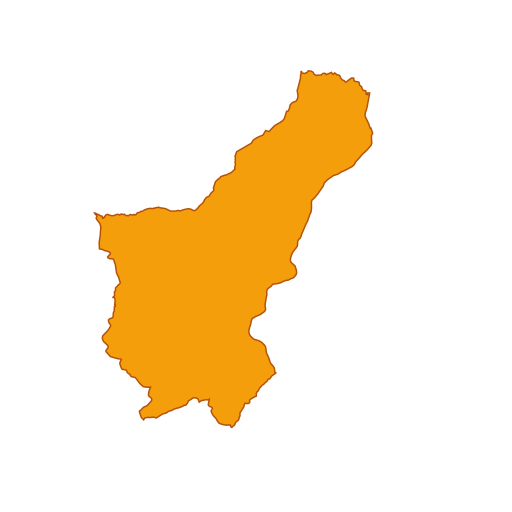 Bania, Caras-Severin, Romania, rotated 58°
{"feature_id": "2599482B2316424382008", "entity_name": "Bania", "entity_type": "district", "adm_level": 2, "iso_a3": "ROU", "parent_name": "Romania", "parent_adm1": "Caras-Severin", "projection": "orthographic", "projection_center": [22.097, 44.811], "detail": "fine", "context": "isolated", "style": "filled", "palette": "amber", "viewbox_px": 512, "rotation_deg": 58, "n_neighbors": 0, "source": "geoboundaries", "source_scale": "gbopen_adm2", "svg_char_len": 6124}
<svg xmlns="http://www.w3.org/2000/svg" viewBox="0 0 512 512"><g transform="rotate(58 256 256)"><path d="M134.0,370.2L135.1,370.2L137.7,369.5L139.2,371.5L140.6,371.7L145.6,371.2L148.9,372.1L150.9,373.4L153.1,375.2L155.3,376.6L161.2,381.7L167.0,385.0L169.0,382.8L171.4,381.4L172.7,379.9L174.9,378.3L176.6,378.0L177.3,378.9L177.5,380.3L178.2,382.4L178.8,382.5L180.5,381.8L182.7,378.8L183.7,378.7L188.6,379.8L196.9,383.4L201.0,383.7L206.9,385.3L207.5,386.9L207.6,388.4L208.3,390.2L208.4,391.5L208.9,392.2L210.8,393.5L211.2,394.1L211.2,394.8L212.4,395.7L214.7,396.9L215.0,397.9L215.0,398.6L215.4,399.2L216.2,398.2L217.0,398.1L219.5,399.3L220.7,400.4L222.4,401.0L222.1,401.5L222.4,401.7L223.3,401.5L224.0,402.1L223.8,402.8L224.0,403.1L224.8,403.2L225.2,403.9L227.1,405.0L228.6,407.1L232.2,409.7L232.2,411.3L231.8,412.6L231.8,414.2L232.2,415.1L233.4,415.7L235.5,416.1L237.4,415.8L238.4,416.5L240.6,420.8L242.4,428.1L243.9,429.7L245.4,430.3L246.9,430.5L248.6,430.4L253.5,429.0L255.3,429.9L256.5,433.1L257.4,433.9L264.0,432.8L265.4,431.7L270.5,427.0L271.3,425.5L272.3,425.0L274.5,428.1L275.7,428.7L279.7,429.6L280.8,429.6L281.2,429.5L283.5,427.0L284.2,426.4L286.1,426.9L288.1,426.5L289.6,425.5L290.6,425.9L291.8,425.8L292.7,425.3L294.7,423.1L295.7,422.7L302.5,422.1L306.9,420.9L308.9,418.8L311.4,414.9L312.9,417.2L314.9,419.3L317.0,421.0L318.7,421.0L321.3,420.0L322.9,420.7L323.4,421.5L324.6,425.4L325.2,428.1L324.7,430.8L324.7,431.9L325.8,435.8L325.6,436.8L326.3,437.4L328.0,437.9L332.2,438.8L335.4,438.1L334.4,436.3L335.3,433.7L335.8,432.8L336.4,432.3L338.4,428.1L340.1,426.9L340.5,426.3L340.5,418.8L341.6,415.4L341.4,413.0L341.8,410.4L342.3,409.9L342.4,406.8L343.1,403.7L343.6,402.7L344.0,401.1L344.6,397.6L344.5,396.1L345.2,395.0L345.3,394.4L344.5,392.2L343.1,390.1L343.1,384.5L343.9,382.8L345.1,381.7L346.3,381.0L347.1,381.0L349.8,381.6L349.7,378.8L350.5,377.2L351.0,375.3L352.5,373.0L352.7,371.5L356.7,375.2L357.3,375.4L358.7,375.2L360.6,373.9L362.1,373.6L362.8,374.6L363.4,376.1L365.5,376.7L368.7,376.8L372.8,376.0L374.6,376.2L377.6,376.1L379.5,375.1L382.0,372.8L384.0,370.4L385.6,367.3L386.0,367.3L386.8,367.8L388.1,367.7L388.4,367.6L388.5,366.8L388.1,365.4L388.0,363.7L386.2,361.3L385.9,358.0L385.3,357.1L383.3,354.8L383.1,354.3L380.7,352.9L377.5,346.3L375.8,344.7L375.0,343.2L375.9,342.6L376.5,341.6L377.1,340.3L376.8,338.9L374.9,337.9L374.6,336.6L374.6,332.8L375.0,330.0L372.8,328.6L371.8,327.3L371.6,325.7L369.8,322.7L369.7,321.7L368.9,319.6L368.9,317.5L368.4,315.8L368.1,313.6L367.9,312.7L367.1,311.3L367.0,310.7L367.4,309.7L367.4,309.3L366.1,306.1L365.9,303.7L365.9,302.3L365.6,301.1L364.7,301.6L360.7,299.8L358.0,299.9L355.2,300.4L353.7,300.3L348.8,299.1L343.8,298.5L338.3,296.1L336.1,296.0L332.4,296.9L330.0,298.0L325.6,301.7L324.0,302.4L320.3,303.2L317.0,302.6L315.0,301.1L313.1,299.2L311.7,297.3L308.0,293.8L307.1,292.3L307.1,288.4L307.9,283.7L307.9,282.5L307.6,278.4L307.0,277.0L306.0,275.9L303.6,275.0L301.5,273.6L296.6,269.3L294.9,267.5L291.6,265.7L290.3,264.1L289.9,262.6L289.7,259.2L289.2,257.9L288.9,256.4L290.4,253.4L291.8,249.2L291.8,247.8L292.5,243.7L293.6,241.2L293.6,239.7L294.3,235.5L293.4,232.5L292.7,231.4L291.4,230.2L289.2,229.2L285.3,228.2L279.9,229.6L278.1,229.3L276.1,227.8L274.2,225.7L272.6,223.4L271.3,220.4L270.3,217.4L269.5,215.8L268.2,214.6L266.7,213.7L265.1,212.2L264.5,210.7L264.3,209.1L263.6,208.0L261.3,205.2L255.1,196.2L253.8,193.9L249.3,188.4L248.0,186.2L245.0,183.7L239.8,180.5L238.3,179.1L237.7,175.6L236.2,171.0L232.4,162.1L230.2,159.3L229.2,154.8L228.8,147.8L229.9,143.5L230.0,138.5L230.5,135.5L231.1,127.1L230.6,124.2L229.0,121.7L227.7,116.8L226.1,111.9L225.1,106.3L223.1,99.8L221.7,98.1L215.0,94.3L214.0,92.3L213.1,91.8L208.3,90.8L208.2,91.5L203.4,90.3L196.0,89.5L194.4,89.0L191.7,86.6L191.3,85.8L188.8,83.1L178.0,73.2L176.9,74.9L178.3,75.8L177.3,76.8L173.9,75.4L172.6,77.2L172.1,77.3L169.7,77.3L168.6,76.7L166.1,77.6L163.7,76.7L162.8,76.7L160.1,79.7L159.1,79.9L156.9,78.9L155.7,80.6L155.7,82.7L156.3,87.2L155.8,88.1L154.3,88.2L152.1,89.6L149.7,89.8L147.3,89.4L146.1,90.2L145.2,91.5L144.4,91.5L142.4,92.3L143.0,94.0L141.9,94.7L140.3,94.7L139.8,97.8L139.8,98.3L139.5,98.9L139.5,100.4L138.1,100.4L137.3,101.2L136.7,102.2L136.7,103.4L137.0,104.7L136.5,106.0L135.5,107.4L134.9,109.2L132.7,110.4L130.7,110.1L128.5,111.2L128.0,112.0L126.8,113.2L126.8,114.1L127.4,115.3L127.4,115.8L127.1,116.4L127.2,117.9L125.0,120.1L123.7,119.6L123.5,120.1L125.6,121.5L126.5,122.6L128.0,123.5L129.1,124.4L135.4,131.0L137.5,133.4L142.1,135.3L143.4,136.3L144.7,137.7L145.6,139.1L145.9,140.3L145.3,142.8L145.2,143.9L145.5,145.4L146.1,147.2L147.4,148.4L147.9,148.7L150.1,151.7L149.5,153.4L154.3,158.9L154.9,160.2L155.6,162.6L155.6,163.1L155.3,163.3L155.6,164.9L155.3,167.3L155.5,167.7L155.3,169.5L155.4,171.4L156.3,175.2L157.4,179.0L154.7,181.3L157.1,185.9L156.2,191.8L156.1,194.9L156.3,197.0L157.9,200.2L157.3,217.0L158.4,218.6L159.2,219.3L160.2,220.9L161.4,221.2L163.2,222.5L164.1,222.8L165.4,224.2L166.8,224.4L169.8,227.2L171.4,228.1L171.4,229.2L171.9,231.4L172.1,233.1L171.5,238.2L170.8,240.0L170.0,243.9L170.6,245.0L170.8,248.0L171.5,251.0L175.9,256.2L177.0,256.3L177.9,257.1L178.3,258.0L178.8,261.0L180.3,263.8L180.4,265.0L180.0,266.5L180.4,268.3L180.9,269.6L182.5,272.1L183.0,273.7L183.6,277.8L184.5,279.5L184.4,280.3L184.7,280.6L185.0,282.4L185.0,284.0L184.1,285.1L182.2,286.1L180.1,288.1L178.5,292.3L177.6,296.1L176.8,297.4L176.1,297.8L175.7,298.8L175.5,300.0L172.6,304.7L167.8,307.7L164.1,312.0L162.9,312.8L162.8,313.6L161.8,315.7L161.7,317.1L161.1,317.7L161.0,318.6L159.5,320.5L158.6,322.7L158.1,324.6L157.8,326.2L157.9,327.8L157.7,329.0L157.1,330.1L157.3,331.2L157.1,332.4L156.6,333.3L156.6,334.1L157.3,336.0L157.2,336.6L156.0,337.6L156.1,338.9L154.1,340.6L154.2,343.1L153.6,343.4L152.8,344.9L150.7,345.6L150.7,346.3L150.2,347.0L149.6,347.3L149.0,348.1L148.8,348.8L149.0,349.5L148.7,350.2L147.7,350.7L146.9,352.2L146.4,355.1L145.9,356.2L145.2,357.2L143.6,358.7L142.1,359.7L141.6,361.3L142.3,363.4L142.8,363.9L142.8,364.5L143.1,365.4L142.4,366.1L141.0,365.2L139.1,366.9L138.1,367.2L137.2,367.7L136.0,368.8L134.7,369.3L134.0,370.2Z" fill="#f59e0b" stroke="#b45309" stroke-width="1.5"/></g></svg>